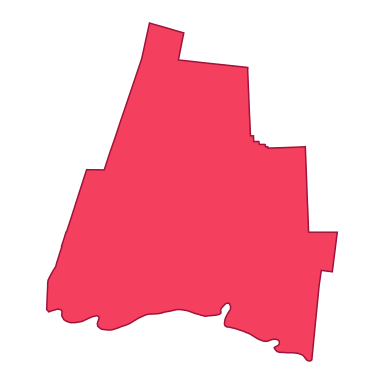 outline of Perieti, Ialomita, Romania
{"feature_id": "2599482B58412168302533", "entity_name": "Perieti", "entity_type": "district", "adm_level": 2, "iso_a3": "ROU", "parent_name": "Romania", "parent_adm1": "Ialomita", "projection": "natural_earth1", "projection_center": [27.247, 44.595], "detail": "fine", "context": "isolated", "style": "filled", "palette": "rose", "viewbox_px": 384, "rotation_deg": 0, "n_neighbors": 0, "source": "geoboundaries", "source_scale": "gbopen_adm2", "svg_char_len": 4520}
<svg xmlns="http://www.w3.org/2000/svg" viewBox="0 0 384 384"><path d="M106.0,329.8L107.9,330.0L110.5,330.0L112.1,329.8L114.1,329.2L116.3,328.5L118.4,327.8L120.7,326.8L124.7,325.5L127.0,324.7L128.9,323.9L131.0,322.7L133.7,321.0L137.3,318.9L139.6,317.6L141.7,316.7L142.6,316.3L143.6,315.8L144.6,315.4L145.7,314.9L147.1,314.5L148.6,314.2L149.6,314.1L150.9,314.1L151.8,314.0L152.9,314.0L154.7,313.9L156.6,313.8L157.5,313.7L158.8,313.6L160.7,313.2L161.8,313.0L162.5,312.8L163.2,312.5L163.5,312.3L166.8,311.7L170.1,311.1L173.2,310.4L176.3,309.7L177.9,309.6L179.5,309.5L180.8,309.7L182.1,309.8L185.0,310.3L187.9,310.8L188.8,311.2L189.7,311.5L191.4,312.1L193.0,312.7L193.7,313.0L194.4,313.3L195.1,313.5L195.9,313.7L197.9,314.2L200.0,314.8L200.5,315.0L200.9,315.2L201.4,315.3L201.8,315.4L203.7,315.9L205.2,316.2L206.7,316.1L208.0,315.8L209.8,315.7L210.7,315.7L211.7,315.6L212.4,315.5L213.2,315.4L213.9,315.3L214.6,315.3L215.7,315.2L217.1,314.9L218.3,314.6L219.2,314.3L219.9,314.0L220.5,313.6L220.9,313.0L221.0,312.3L220.9,311.6L220.7,310.6L220.7,309.6L220.9,309.1L221.2,308.6L222.0,307.5L222.8,306.6L223.5,305.8L224.5,304.8L225.5,303.9L226.6,303.3L227.7,303.2L228.8,303.3L229.5,303.9L229.8,304.6L230.1,305.2L230.3,305.7L230.6,306.6L230.6,307.5L230.5,308.4L230.4,309.0L230.2,309.6L230.1,310.1L229.5,310.8L229.0,311.4L228.5,312.3L227.6,313.8L226.9,315.2L226.5,316.0L225.7,317.4L225.3,318.7L224.9,320.0L224.8,321.5L224.4,323.1L224.5,324.1L224.7,325.0L225.1,325.8L225.8,326.3L226.7,326.9L227.9,327.0L229.5,327.2L230.7,327.5L233.2,328.1L234.5,328.4L235.1,328.5L235.8,328.8L236.9,329.1L237.8,329.4L239.1,329.9L240.4,330.2L241.6,330.7L242.8,331.0L243.5,331.3L245.1,332.0L245.8,332.3L246.7,332.7L247.8,333.0L248.4,333.3L249.0,333.6L249.5,333.8L250.1,334.1L250.7,334.4L251.0,334.6L251.4,334.9L251.7,335.1L252.9,335.8L255.2,337.3L257.9,338.9L259.6,339.6L262.5,340.8L263.6,341.1L264.8,341.3L266.1,341.3L267.1,341.2L268.4,340.9L270.7,340.0L272.3,339.5L273.5,339.3L274.8,339.2L276.2,339.3L277.3,339.7L278.3,340.2L279.0,341.0L279.4,342.0L279.3,343.3L279.1,344.2L278.5,345.0L277.8,345.6L276.0,346.5L274.9,347.0L274.3,347.5L274.2,348.1L274.6,348.6L275.6,350.0L276.6,351.1L277.3,351.6L278.2,351.9L279.6,352.3L280.6,352.4L281.9,352.4L283.3,352.4L285.3,352.6L287.6,352.8L289.7,352.8L292.9,352.8L294.1,352.9L297.7,353.3L298.9,353.7L300.8,354.3L302.0,354.8L303.1,355.4L303.8,356.3L304.8,357.5L305.7,358.7L306.7,360.0L307.6,360.5L309.2,361.0L310.1,360.9L310.7,360.8L311.4,360.1L311.9,359.8L311.9,359.0L315.9,318.1L319.1,285.7L321.3,270.4L332.3,271.8L337.3,232.2L308.6,232.2L307.9,213.3L307.3,200.1L306.4,174.5L305.3,146.7L305.1,146.8L302.7,146.9L292.2,147.3L278.6,147.8L268.0,148.1L268.0,147.0L267.9,146.9L267.7,146.8L266.7,146.8L265.8,146.7L265.6,146.7L265.5,146.4L265.4,145.7L265.4,145.1L265.3,144.8L265.2,144.7L264.8,144.4L264.5,144.4L259.5,144.4L259.3,144.2L259.2,144.0L259.1,142.9L259.0,141.8L258.9,141.6L258.7,141.5L253.7,141.5L253.5,135.8L250.5,135.8L249.8,120.2L249.5,115.2L248.8,97.9L248.7,94.3L247.7,71.0L247.8,67.5L246.3,67.3L224.1,64.9L207.9,63.2L199.5,62.3L197.1,62.0L195.9,61.9L195.4,61.8L194.3,61.7L193.5,61.6L192.7,61.5L191.7,61.4L185.2,60.7L178.4,60.0L182.3,40.2L183.8,32.9L176.0,30.7L168.3,28.4L152.4,23.9L150.1,23.2L149.5,23.0L148.0,29.8L145.3,42.1L144.6,45.5L141.8,58.2L140.7,61.7L135.1,78.3L130.3,92.5L128.5,97.8L125.8,105.8L120.0,122.8L114.9,138.2L109.4,153.9L109.4,154.0L104.2,169.9L86.6,169.7L76.9,199.8L74.4,207.7L71.0,218.3L70.5,219.8L69.6,222.5L67.6,228.6L67.2,229.9L67.1,230.2L66.5,231.8L66.3,231.8L66.2,231.8L65.9,232.5L63.8,239.3L62.1,244.4L61.5,246.4L61.9,246.5L59.9,252.6L57.5,260.3L56.7,262.8L56.1,265.2L55.9,265.9L55.8,266.1L55.7,266.4L55.5,266.8L55.4,267.1L54.9,267.9L54.3,268.8L53.3,270.3L52.6,271.6L52.2,272.3L51.1,274.2L50.1,276.2L49.0,278.2L48.5,279.3L48.2,279.9L48.1,280.3L48.0,280.9L47.9,281.3L47.8,282.4L47.7,283.3L47.6,287.6L47.2,296.0L47.1,298.4L47.0,301.6L47.0,301.8L46.9,303.1L46.9,304.9L46.7,307.9L46.7,309.0L46.7,309.4L46.7,309.6L46.8,309.8L47.5,310.5L48.2,311.1L48.4,311.3L48.8,311.9L50.4,311.2L53.5,310.3L54.9,309.9L56.3,309.4L57.8,309.2L59.7,309.4L61.1,310.0L62.1,311.5L61.9,312.8L61.7,314.7L61.9,316.1L63.1,318.3L63.9,319.7L64.7,320.2L66.5,321.3L67.9,321.8L69.9,322.5L70.8,322.7L71.9,322.7L73.0,322.6L74.6,322.7L75.8,322.5L77.1,322.3L79.1,322.0L81.4,321.6L83.3,320.9L85.7,319.7L92.1,316.8L96.9,315.7L98.6,316.5L99.1,318.2L97.3,323.4L97.7,326.3L98.8,327.1L99.4,327.6L100.2,328.4L101.1,329.0L101.6,329.1L103.1,329.5L104.5,329.6L106.0,329.8Z" fill="#f43f5e" stroke="#9f1239" stroke-width="1.5"/></svg>